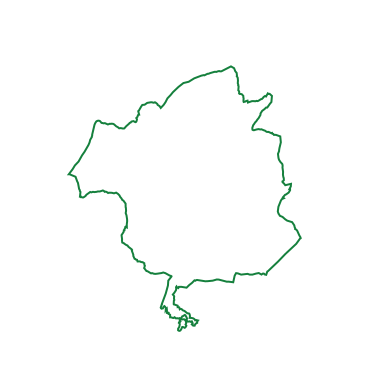 Tapanuli Utara, Sumatera Utara, Indonesia (Natural Earth projection), rotated 207°
{"feature_id": "22746128B99937545443202", "entity_name": "Tapanuli Utara", "entity_type": "district", "adm_level": 2, "iso_a3": "IDN", "parent_name": "Indonesia", "parent_adm1": "Sumatera Utara", "projection": "natural_earth1", "projection_center": [99.174, 2.011], "detail": "fine", "context": "isolated", "style": "outline", "palette": "green", "viewbox_px": 384, "rotation_deg": 207, "n_neighbors": 0, "source": "geoboundaries", "source_scale": "gbopen_adm2", "svg_char_len": 5998}
<svg xmlns="http://www.w3.org/2000/svg" viewBox="0 0 384 384"><g transform="rotate(207 192 192)"><path d="M128.3,78.9L128.8,79.3L128.5,80.2L130.2,79.8L130.9,79.1L131.8,79.7L133.3,80.0L135.2,79.6L136.9,78.8L137.1,79.7L138.0,81.3L139.1,82.3L139.5,82.4L141.1,81.8L144.6,82.6L146.8,82.4L147.4,82.8L148.4,82.9L149.4,82.6L149.7,82.0L151.0,83.4L152.4,83.0L152.1,83.2L152.5,82.9L153.2,84.2L156.5,83.8L156.9,83.6L157.4,83.8L158.8,86.9L158.7,87.7L159.7,88.9L160.5,90.9L161.2,91.4L162.5,91.9L162.0,94.2L161.7,97.1L162.0,98.4L163.0,99.9L162.9,100.8L161.9,100.2L160.6,100.2L160.6,101.5L158.6,102.6L153.4,104.3L152.2,107.9L150.7,111.1L149.7,114.4L148.7,114.5L148.3,115.3L147.6,115.9L139.6,118.5L137.5,119.7L133.3,122.4L130.2,125.3L128.4,126.1L120.2,127.9L118.8,128.7L114.3,130.3L116.0,136.8L115.9,139.7L114.2,140.3L110.7,140.7L105.3,144.3L103.1,144.6L100.7,145.8L97.9,148.4L95.7,150.1L92.6,150.0L91.9,151.4L91.5,151.7L90.6,151.9L89.9,151.5L88.3,151.9L88.8,155.3L88.4,155.9L83.8,168.9L80.6,179.4L75.6,193.1L74.6,199.6L74.2,200.1L74.7,200.8L76.6,202.0L80.6,205.2L81.9,205.8L83.3,205.8L83.7,206.6L84.7,207.4L85.7,208.7L89.1,210.6L94.2,209.7L96.6,210.0L100.0,210.9L103.0,210.7L104.2,211.6L105.0,211.9L106.7,213.6L108.3,218.1L108.9,224.7L108.7,226.5L107.3,228.2L108.6,228.5L107.8,231.7L107.1,232.5L105.6,235.4L105.4,238.1L106.2,239.6L106.5,239.3L106.5,241.8L107.5,244.2L112.0,240.4L114.1,241.4L115.7,241.8L116.2,242.5L115.8,243.1L115.5,244.2L116.6,246.1L117.4,246.8L118.8,248.7L120.0,251.3L122.5,254.9L123.1,256.4L123.7,257.3L124.4,258.0L126.9,258.9L129.2,260.3L130.4,261.6L132.7,265.0L133.0,268.1L133.3,268.6L134.0,270.8L135.4,276.6L138.6,281.6L143.2,281.0L145.0,280.1L145.9,280.6L146.7,280.4L147.5,281.0L148.0,280.4L151.1,280.3L152.0,279.8L152.9,279.5L155.1,279.8L155.9,279.6L158.6,279.4L159.6,278.7L161.2,278.3L162.8,277.1L164.8,275.2L165.5,274.9L166.3,274.9L166.8,275.5L167.4,276.6L167.8,279.4L167.6,280.3L167.3,283.0L166.9,283.9L166.6,286.4L166.2,287.9L166.0,291.7L166.6,293.1L166.3,296.2L165.1,298.6L164.3,300.9L163.3,301.4L162.6,306.1L162.1,308.2L164.4,313.9L167.4,314.7L168.3,314.1L169.2,314.3L169.4,310.7L170.5,310.7L171.3,309.2L171.5,307.9L172.0,306.5L172.7,306.0L174.3,303.3L175.1,302.6L175.7,302.6L176.9,301.5L178.1,301.1L179.8,300.2L182.8,297.1L184.0,298.6L185.1,297.6L185.6,296.7L186.8,295.7L187.4,296.3L188.6,299.0L189.2,299.6L189.9,300.9L191.9,301.7L193.0,301.5L194.1,301.0L194.8,301.2L195.4,302.7L196.1,303.3L196.9,303.6L198.3,307.0L198.6,307.5L199.2,307.8L199.4,308.5L200.6,309.7L201.6,312.1L202.8,314.0L203.3,314.7L204.7,315.5L204.7,316.0L206.3,318.4L208.2,319.2L210.7,321.4L214.3,321.6L220.6,312.9L221.8,312.2L222.7,312.1L223.6,311.4L224.9,310.0L226.1,309.6L226.8,309.0L229.8,306.2L230.9,304.9L231.9,304.3L233.9,301.6L234.7,301.4L236.5,299.9L241.6,294.3L245.0,288.7L249.1,285.2L251.8,279.4L254.3,272.3L255.1,268.6L256.4,264.3L256.4,260.0L256.8,256.8L258.0,252.7L259.9,253.8L262.1,254.0L262.9,254.7L265.3,255.2L266.0,254.9L266.1,254.6L267.0,254.0L268.2,253.8L269.2,253.4L271.8,251.5L272.4,251.0L273.8,248.3L275.8,247.0L276.1,245.0L276.3,240.4L276.6,239.6L274.2,236.9L274.9,236.4L275.0,235.5L274.7,234.4L275.2,232.6L274.4,232.2L274.0,231.7L273.6,229.9L273.6,229.3L273.9,228.7L274.3,228.5L276.3,228.6L277.9,227.3L278.2,226.0L278.9,225.3L279.1,224.3L280.5,220.7L281.2,217.9L282.3,217.2L284.5,216.6L285.8,215.7L287.6,216.1L289.2,216.1L292.2,216.9L293.2,216.9L294.6,216.4L295.2,215.9L296.2,215.5L297.6,214.0L300.9,213.8L302.2,212.9L302.9,212.9L304.0,212.5L306.1,213.4L307.2,213.3L308.1,212.9L309.1,211.8L309.3,211.4L309.5,209.4L309.4,207.7L307.0,197.8L306.5,196.8L306.5,196.0L306.2,195.5L306.4,192.4L305.8,189.7L305.6,187.0L306.0,179.1L306.6,174.8L306.9,167.6L308.4,162.5L308.7,158.3L309.8,151.9L309.2,152.2L302.7,152.7L299.3,149.5L297.7,148.3L294.0,143.5L292.8,142.7L292.4,142.0L291.4,141.4L290.1,138.0L289.9,138.2L289.6,137.9L289.6,136.9L288.7,136.9L288.2,137.3L287.2,137.4L286.4,137.8L285.8,138.7L285.0,140.3L284.9,141.5L282.7,145.8L281.5,146.0L280.3,147.2L279.1,147.5L277.0,148.9L276.2,149.7L274.4,150.6L272.1,152.9L270.8,152.9L269.9,152.5L269.2,153.1L268.1,153.3L266.3,153.0L265.8,153.6L263.1,154.9L260.9,155.4L259.3,157.0L257.0,156.7L255.0,156.0L253.9,155.1L251.8,154.2L250.6,153.3L249.2,153.2L245.9,151.5L244.2,148.3L243.8,148.0L242.2,145.3L241.5,143.1L239.8,141.5L237.5,138.3L236.5,136.5L235.4,133.5L234.0,130.9L235.4,131.0L235.6,130.4L235.1,129.4L235.3,128.0L234.8,127.2L235.3,126.8L234.8,125.3L235.2,121.6L232.8,118.1L232.6,117.4L231.2,115.3L229.1,115.4L228.8,115.2L226.2,114.9L225.3,115.1L223.7,114.3L219.6,113.5L219.0,113.1L219.0,112.4L216.9,110.5L215.7,109.3L215.3,108.4L212.8,106.4L212.1,106.6L211.3,106.3L210.2,106.6L209.0,105.4L206.9,106.5L205.5,106.5L204.0,107.1L203.4,106.9L202.2,106.9L201.3,105.4L200.5,104.9L200.1,102.5L196.7,100.9L195.8,101.2L191.5,100.9L190.8,101.6L188.7,101.9L187.3,102.5L185.5,103.7L182.3,106.0L181.1,107.2L178.9,107.6L173.7,107.4L172.8,107.7L172.0,107.6L171.9,107.4L172.9,102.3L171.0,97.8L169.3,89.6L168.0,78.4L167.8,78.3L167.8,77.6L167.4,74.8L166.9,74.4L166.2,74.2L165.1,75.1L165.2,76.9L164.8,77.8L164.0,77.6L162.7,76.9L161.7,74.6L161.4,76.4L160.5,75.0L159.2,72.1L159.1,73.6L158.0,73.8L157.4,72.7L156.6,72.8L155.7,72.6L154.6,70.4L153.9,70.8L151.5,71.2L150.9,71.7L150.8,72.4L149.9,72.4L149.0,72.1L147.3,73.1L146.9,73.0L146.1,73.3L145.8,74.0L144.6,74.2L144.5,74.3L144.2,76.8L143.9,77.0L142.6,79.2L142.0,79.2L139.6,77.6L138.9,76.8L139.1,76.1L137.6,74.5L137.1,74.5L136.5,74.8L135.4,75.7L134.5,75.6L133.8,76.5L133.3,76.7L132.7,75.8L132.4,75.9L131.8,75.4L132.0,74.0L131.3,74.0L130.9,73.5L130.2,73.5L130.0,73.9L129.0,74.1L129.1,75.6L128.8,76.5L128.0,77.7L128.4,78.2L128.3,78.9ZM139.3,64.7L139.4,67.3L138.9,67.6L136.8,67.7L136.3,69.1L136.3,70.3L137.6,71.0L137.6,72.4L138.8,74.1L140.7,75.0L141.3,75.0L143.6,73.6L144.3,72.9L144.5,72.5L144.5,71.7L144.2,71.2L143.6,71.2L143.7,70.5L144.3,70.2L144.4,69.8L144.3,69.4L143.3,69.2L142.7,68.3L142.1,66.0L142.3,63.9L141.6,62.5L140.9,62.4L140.1,62.6L139.5,63.3L139.3,64.7Z" fill="none" stroke="#15803d" stroke-width="2"/></g></svg>